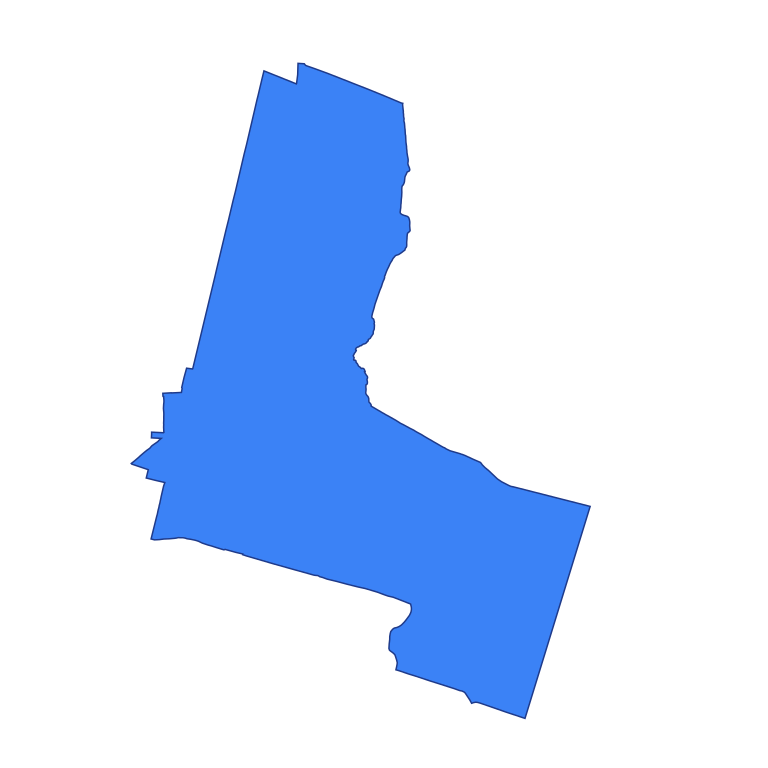 the district of Gradinari, Olt, Romania, rotated 13°
{"feature_id": "2599482B30004072712987", "entity_name": "Gradinari", "entity_type": "district", "adm_level": 2, "iso_a3": "ROU", "parent_name": "Romania", "parent_adm1": "Olt", "projection": "albers", "projection_center": [24.282, 44.569], "detail": "fine", "context": "isolated", "style": "filled", "palette": "blue", "viewbox_px": 768, "rotation_deg": 13, "n_neighbors": 0, "source": "geoboundaries", "source_scale": "gbopen_adm2", "svg_char_len": 6128}
<svg xmlns="http://www.w3.org/2000/svg" viewBox="0 0 768 768"><g transform="rotate(13 384 384)"><path d="M596.6,678.1L612.4,456.9L533.2,455.1L530.7,455.2L528.5,454.8L520.6,452.8L515.9,451.0L504.7,444.4L503.9,444.2L503.3,443.7L501.7,443.0L500.2,442.1L498.0,440.7L496.3,439.2L495.5,438.7L487.4,437.2L483.4,436.3L482.1,436.1L479.5,435.5L476.1,435.0L475.0,435.0L474.0,434.8L463.4,434.2L459.8,433.4L458.4,433.0L457.5,432.5L456.9,432.5L455.8,432.3L453.1,431.5L449.6,430.4L444.9,429.0L442.5,428.2L440.3,427.6L436.8,426.5L434.6,425.8L432.1,424.9L428.0,423.8L425.9,423.2L423.4,422.3L419.2,421.3L411.7,419.2L409.0,418.6L403.4,416.6L401.0,415.9L395.3,414.2L392.6,413.5L390.2,412.7L388.9,412.4L386.3,411.5L384.2,410.9L378.9,409.2L378.1,409.0L376.4,408.4L376.3,408.2L376.3,407.8L376.3,407.5L375.8,406.8L374.9,405.9L373.8,405.3L373.3,404.7L372.9,403.4L372.5,401.8L371.9,400.7L371.3,399.9L369.4,398.5L368.4,397.3L368.2,396.8L368.1,396.1L367.9,394.4L367.7,393.1L367.1,391.4L366.7,389.5L366.7,389.1L366.7,388.7L366.9,388.5L367.2,388.4L367.4,388.1L367.6,387.6L367.6,386.7L367.3,385.5L366.5,383.7L366.4,383.1L366.6,381.8L366.5,381.3L366.3,380.8L366.0,380.3L364.3,378.9L363.5,377.9L363.0,377.5L362.5,376.8L362.4,376.6L362.8,376.6L362.9,376.2L361.9,374.7L361.1,373.8L360.3,373.5L359.6,373.5L358.4,374.0L357.2,373.1L355.6,372.5L355.1,372.2L353.7,370.5L353.2,370.0L352.3,369.5L351.9,369.1L351.7,368.5L351.7,368.2L351.3,367.6L351.0,367.4L350.5,367.3L350.0,367.3L349.7,367.6L349.2,367.4L349.0,367.2L348.9,366.9L349.0,365.2L348.9,364.9L348.4,364.5L347.8,363.6L347.7,363.3L347.7,363.0L347.8,362.6L348.1,362.2L348.1,361.4L348.2,361.0L348.9,359.5L349.5,357.7L349.4,357.3L349.2,357.2L348.8,357.2L348.6,356.9L348.5,356.7L348.5,356.1L348.7,355.5L349.2,354.7L350.0,353.9L350.6,353.7L351.1,353.3L351.7,352.5L352.1,352.1L352.5,352.1L353.1,351.8L353.6,351.1L354.2,350.6L354.7,349.9L355.1,349.6L355.5,349.5L356.1,349.2L357.0,348.5L357.5,347.9L358.0,346.9L358.0,346.6L358.4,346.4L358.5,346.2L358.5,345.9L358.9,345.5L358.9,345.2L358.7,344.5L358.8,344.1L360.1,342.8L360.4,342.4L360.6,341.7L360.9,340.6L361.3,339.9L361.5,339.1L362.1,337.8L362.1,336.7L361.8,335.9L361.8,335.4L361.8,334.5L362.1,333.2L362.1,332.5L361.5,329.0L361.3,328.3L360.8,327.6L360.8,327.3L360.8,326.1L360.6,325.6L359.4,323.3L359.1,323.0L358.1,322.7L357.5,322.2L357.1,321.6L356.9,320.7L356.9,317.1L357.2,313.0L357.3,308.2L358.4,297.9L358.9,293.5L359.6,289.5L359.8,286.4L360.1,284.0L360.5,282.3L360.7,280.4L360.3,278.8L360.6,278.1L360.9,275.2L361.2,273.2L361.6,271.1L362.2,268.7L362.7,265.9L363.3,263.8L364.0,262.0L364.5,259.8L365.8,257.3L366.3,256.4L366.9,255.9L369.2,254.5L371.5,252.1L373.2,250.0L374.2,248.9L374.3,247.4L374.4,246.8L374.9,245.9L375.1,244.9L374.9,243.5L374.5,242.0L374.2,240.7L373.7,237.1L373.4,235.7L373.1,233.4L373.0,232.6L373.1,231.7L373.5,231.1L374.2,230.2L374.6,229.6L374.9,228.8L374.8,228.2L374.3,226.8L373.4,224.0L372.9,221.2L372.5,219.8L371.7,218.0L370.8,216.5L370.4,216.1L369.5,215.6L368.9,215.4L366.7,215.2L365.7,215.2L363.3,214.8L362.3,214.4L361.9,214.1L361.4,213.7L361.1,213.0L361.0,212.4L360.9,210.8L360.8,210.5L360.7,208.7L360.6,208.2L360.5,207.5L360.1,205.5L360.0,204.2L359.3,200.0L359.2,198.9L359.0,197.3L358.3,193.4L357.5,190.3L357.2,188.4L357.1,187.9L357.2,187.3L357.3,186.7L357.8,185.9L357.9,185.5L358.2,184.6L358.4,183.2L358.4,182.1L358.2,180.7L358.1,179.7L357.9,178.3L357.9,177.0L358.6,173.9L358.8,172.8L358.9,172.2L360.5,171.0L360.9,170.2L360.9,169.4L360.8,169.1L360.1,167.7L359.2,166.4L358.5,165.5L357.8,164.2L357.6,163.5L357.4,161.4L357.0,159.7L356.3,158.0L355.9,157.2L354.3,153.3L353.9,151.8L353.0,149.3L352.5,147.4L351.0,143.5L349.2,137.1L348.7,136.1L348.3,134.9L347.3,131.4L346.5,129.3L346.3,128.5L345.2,125.1L344.2,123.2L344.1,122.8L344.0,121.8L343.8,120.8L343.1,119.4L342.8,118.5L342.4,116.9L341.6,114.7L341.5,113.8L341.0,112.6L340.0,109.7L339.7,108.9L339.2,107.3L339.2,106.3L337.7,106.3L335.8,106.0L320.2,103.3L304.2,100.7L259.1,94.0L245.4,92.3L238.1,91.5L235.9,91.2L234.3,89.9L228.1,90.9L230.3,102.0L231.2,110.9L231.1,111.3L196.6,105.9L196.5,113.4L196.4,131.2L196.3,135.7L196.3,146.0L196.3,146.5L196.2,181.6L196.0,191.3L195.9,229.8L195.7,238.9L195.6,259.0L195.4,269.1L195.1,309.9L195.1,316.8L194.2,412.2L194.1,412.4L188.1,413.0L187.7,422.7L187.7,433.0L188.3,433.7L188.4,436.0L188.5,437.8L179.0,440.5L178.9,440.4L178.5,440.5L170.6,442.8L171.4,445.7L171.5,445.8L172.1,445.8L172.2,446.3L173.2,449.3L173.6,451.0L173.9,453.5L174.6,457.5L175.9,461.5L176.4,463.5L176.8,465.6L177.5,468.5L178.1,471.9L178.4,472.7L179.0,475.8L180.4,480.7L180.0,481.1L168.4,483.2L168.8,484.9L169.5,488.8L179.2,487.1L177.2,489.8L176.8,490.7L176.4,491.2L175.6,492.1L171.9,496.2L171.3,497.2L170.6,498.5L170.3,499.2L167.7,502.1L165.7,504.7L162.6,508.9L161.5,510.6L158.1,515.2L155.6,518.3L156.3,518.8L173.6,520.5L173.5,529.1L183.2,529.3L192.6,529.3L192.2,533.2L192.2,538.8L192.2,544.2L192.3,545.7L192.3,548.0L192.4,550.2L192.3,552.8L192.4,554.8L192.3,557.5L192.4,561.3L192.4,563.0L192.3,563.6L191.9,587.4L195.4,587.5L200.0,586.2L204.3,584.6L209.7,583.1L214.6,581.5L216.4,580.8L218.0,580.0L220.1,579.6L222.7,579.0L225.0,578.9L226.9,579.1L230.4,578.8L234.7,578.7L236.8,578.8L238.8,579.0L242.7,579.9L248.8,580.5L252.0,580.6L257.8,581.1L264.9,581.6L265.6,581.5L266.3,580.9L277.8,581.4L284.7,581.4L284.7,582.1L288.9,582.5L316.9,584.1L338.3,585.1L358.6,586.0L360.3,585.9L360.8,585.8L362.2,585.6L363.2,585.6L364.6,586.2L367.7,586.3L372.4,586.9L382.2,587.0L393.3,587.4L404.4,587.6L411.7,587.5L424.3,588.3L431.8,589.3L435.7,589.7L440.9,589.7L459.4,592.4L460.8,595.2L461.4,597.2L461.6,599.5L461.4,601.3L460.8,603.8L458.8,608.4L457.3,611.5L455.2,614.9L453.4,616.8L451.4,618.3L448.9,619.5L447.5,621.1L447.0,622.2L446.3,623.6L446.2,625.7L446.4,628.8L447.0,631.5L447.3,634.0L447.5,635.9L448.3,640.6L449.2,642.1L450.3,642.7L452.9,643.8L454.5,644.7L455.4,645.3L456.2,646.4L458.4,650.1L459.6,652.5L459.8,654.0L459.9,656.9L459.9,659.8L463.4,660.0L473.1,661.0L478.9,661.4L496.1,663.0L520.8,665.0L526.8,665.7L529.0,665.6L531.3,666.1L532.6,666.8L538.7,672.6L541.2,675.4L542.9,674.3L545.0,673.4L547.0,673.2L549.4,673.3L577.3,676.3L596.6,678.1Z" fill="#3b82f6" stroke="#1e3a8a" stroke-width="1.5"/></g></svg>